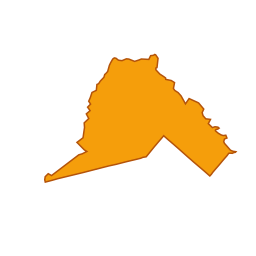 Fairfield, Connecticut, United States of America, rotated 252°
{"feature_id": "52423323B86318670912748", "entity_name": "Fairfield", "entity_type": "district", "adm_level": 2, "iso_a3": "USA", "parent_name": "United States of America", "parent_adm1": "Connecticut", "projection": "equal_earth", "projection_center": [-73.42, 41.326], "detail": "fine", "context": "isolated", "style": "filled", "palette": "amber", "viewbox_px": 256, "rotation_deg": 252, "n_neighbors": 0, "source": "geoboundaries", "source_scale": "gbopen_adm2", "svg_char_len": 1922}
<svg xmlns="http://www.w3.org/2000/svg" viewBox="0 0 256 256"><g transform="rotate(252 128 128)"><path d="M96.4,116.5L96.3,117.9L95.5,127.8L95.3,130.7L95.5,133.0L95.0,136.4L102.0,147.2L105.4,152.7L109.6,159.6L109.1,159.8L106.8,161.2L103.9,162.9L102.8,163.6L94.2,168.8L92.0,170.1L81.4,176.3L77.6,178.6L76.0,179.5L64.0,186.9L57.1,191.0L58.2,193.0L59.5,194.7L61.8,198.4L64.3,202.6L65.8,205.0L67.4,207.5L69.4,210.8L71.0,213.5L72.6,215.7L72.8,216.0L72.6,217.1L71.7,219.4L71.9,221.1L71.7,222.6L72.1,223.3L73.5,220.6L75.2,218.6L83.6,215.0L85.4,214.8L87.7,216.3L87.9,219.0L90.9,218.8L91.4,216.2L92.6,214.5L94.6,212.7L94.9,212.4L97.4,210.8L98.3,210.3L98.9,210.4L99.4,211.2L99.2,213.1L99.7,214.6L101.0,213.8L101.9,212.0L102.3,211.0L102.3,208.4L106.8,206.0L107.3,205.7L110.7,209.1L112.7,204.8L116.5,203.2L117.3,203.2L119.8,203.3L120.5,204.0L122.6,205.9L130.0,202.9L130.8,202.1L137.1,195.2L133.2,190.1L139.0,189.0L142.1,188.4L146.2,186.6L146.3,186.5L149.0,184.3L149.5,184.0L151.5,183.4L156.8,186.3L159.8,183.8L162.6,178.9L164.0,179.2L165.8,177.9L169.5,174.9L173.4,173.1L174.8,172.5L176.4,173.0L176.5,174.2L177.7,174.8L185.0,178.1L189.1,176.9L189.7,176.1L189.4,175.2L189.3,174.4L189.8,171.9L186.8,169.0L189.5,162.0L189.3,159.4L189.3,154.9L193.3,150.1L194.3,147.8L193.9,143.1L195.4,139.9L198.1,138.1L198.9,136.6L198.3,134.8L195.3,131.5L193.4,129.7L188.0,126.1L186.5,123.5L186.1,122.4L183.7,120.8L181.2,116.2L179.2,113.7L179.0,111.9L173.6,109.5L172.9,104.7L168.4,101.4L165.6,98.9L162.3,99.8L160.3,96.0L156.2,97.3L154.3,92.7L149.1,93.6L146.4,87.9L141.9,86.8L132.6,82.2L130.1,75.0L120.7,79.7L118.4,81.6L117.6,76.5L117.7,72.9L106.4,40.6L109.2,38.0L107.3,34.2L104.5,32.8L102.1,32.6L101.7,39.7L101.5,45.7L99.5,71.6L98.7,84.8L98.7,85.0L98.6,85.3L98.6,85.6L98.6,85.8L98.4,89.4L98.3,91.1L98.3,91.5L98.2,92.3L98.2,92.8L98.0,95.6L97.9,97.1L97.9,97.6L97.1,105.5L96.6,113.6L96.4,116.5Z" fill="#f59e0b" stroke="#b45309" stroke-width="1.5"/></g></svg>